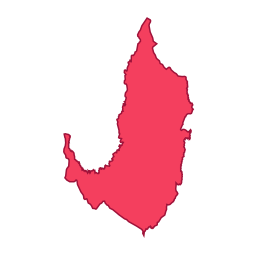 outline of Wang Sam Mo, Udon Thani, Thailand, rotated 176°
{"feature_id": "78962969B45411926077812", "entity_name": "Wang Sam Mo", "entity_type": "district", "adm_level": 2, "iso_a3": "THA", "parent_name": "Thailand", "parent_adm1": "Udon Thani", "projection": "equal_earth", "projection_center": [103.422, 17.016], "detail": "fine", "context": "isolated", "style": "filled", "palette": "rose", "viewbox_px": 256, "rotation_deg": 176, "n_neighbors": 0, "source": "geoboundaries", "source_scale": "gbopen_adm2", "svg_char_len": 5723}
<svg xmlns="http://www.w3.org/2000/svg" viewBox="0 0 256 256"><g transform="rotate(176 128 128)"><path d="M82.9,58.9L83.4,60.6L84.2,61.3L84.6,62.9L84.6,64.4L84.0,67.6L83.9,69.9L82.4,68.1L81.6,67.8L80.7,68.5L80.0,67.8L78.8,68.8L78.2,70.5L78.4,71.4L77.7,72.7L77.7,74.7L77.3,75.8L77.4,77.3L77.1,77.9L77.5,79.4L77.2,80.3L78.0,80.9L78.0,81.5L78.4,81.5L78.3,83.4L78.0,83.8L78.3,84.5L77.8,85.6L78.1,86.4L77.4,87.2L77.8,87.9L77.1,88.7L76.8,89.7L76.9,90.7L76.5,90.8L76.3,92.4L75.8,92.8L75.8,94.8L74.2,95.7L74.4,97.6L74.2,97.6L74.0,98.7L74.1,99.3L73.2,100.1L73.0,101.5L72.5,102.2L73.2,104.8L73.7,105.3L72.9,106.9L73.2,107.7L72.4,109.3L72.7,110.3L73.2,110.5L73.0,112.0L72.3,113.0L71.8,112.7L71.8,113.6L71.3,114.1L69.9,113.9L69.9,113.4L69.5,113.1L69.1,113.7L68.7,113.8L67.9,113.3L67.8,112.7L67.6,113.0L67.2,112.6L66.8,113.4L67.0,113.5L66.8,114.2L67.1,114.4L67.2,115.4L66.8,115.4L66.5,116.0L66.9,117.0L66.5,118.4L66.7,118.7L66.1,118.8L66.2,119.3L65.6,119.4L65.6,120.2L65.2,120.6L65.7,121.9L67.6,120.1L68.7,120.0L70.5,121.8L71.9,122.6L73.3,122.8L74.8,121.9L75.6,122.6L75.6,123.2L73.6,127.2L72.9,127.8L73.0,129.3L70.3,135.2L69.8,135.2L68.8,137.0L67.7,137.9L66.1,138.1L65.0,137.8L63.7,138.2L62.8,140.1L62.5,141.7L62.0,141.6L61.6,142.1L62.9,143.9L62.9,144.7L62.3,145.8L62.4,146.1L61.8,146.5L62.4,148.2L63.1,148.1L63.6,148.7L64.0,148.3L64.3,148.7L64.4,149.5L65.2,150.3L65.1,151.2L65.4,151.1L65.4,152.0L65.8,152.2L65.7,152.9L66.0,153.0L65.5,153.7L65.8,154.6L66.1,154.8L65.7,156.1L65.9,156.3L65.7,156.6L66.0,156.9L66.1,157.7L66.5,157.7L66.7,158.2L66.5,159.3L66.6,160.7L66.3,161.2L66.5,162.0L66.1,162.5L66.7,163.3L66.4,163.5L66.3,164.3L65.7,164.6L65.8,165.1L65.5,165.6L65.8,165.9L65.6,167.7L65.9,168.5L65.6,168.8L65.8,169.4L65.5,169.9L66.9,172.8L66.5,173.8L66.8,174.9L67.9,175.5L70.3,175.5L74.4,176.3L76.0,178.7L78.2,180.2L80.8,182.9L81.8,185.2L82.3,185.6L83.3,185.6L85.7,183.9L87.7,185.9L89.2,188.9L91.4,190.1L92.0,192.8L94.4,195.1L95.0,196.1L95.7,198.8L97.2,201.5L98.0,205.8L97.7,206.9L97.1,207.4L93.4,210.0L96.7,212.7L97.1,216.2L99.2,222.2L99.9,228.7L99.5,230.3L98.2,232.3L98.0,233.6L98.3,234.3L101.3,236.3L107.0,229.0L108.9,224.7L110.3,223.2L111.9,220.3L111.8,218.8L110.9,218.0L110.5,216.7L109.5,215.5L109.5,213.8L109.7,213.3L110.6,212.9L111.2,211.8L112.2,211.3L113.9,204.6L114.5,203.7L115.7,203.2L116.0,201.8L117.5,200.0L118.9,200.3L119.6,199.7L120.2,193.9L120.5,193.9L121.3,195.3L121.9,194.2L123.2,193.6L123.3,192.9L122.7,192.1L122.7,191.4L124.4,188.4L125.0,185.2L125.4,185.0L126.8,186.1L127.5,185.7L127.8,183.5L126.4,181.5L127.4,180.4L127.3,176.4L128.2,175.5L128.6,173.2L127.8,172.1L126.8,172.0L126.2,170.8L125.9,166.7L126.3,165.3L128.1,163.1L128.7,160.5L128.6,159.5L127.7,158.7L127.7,158.1L128.8,154.9L129.8,154.5L129.0,153.5L129.4,152.7L128.8,151.6L129.0,151.2L129.5,151.3L130.3,151.7L130.6,152.5L131.0,152.4L131.0,151.6L130.2,150.5L131.5,150.4L132.0,149.1L131.8,147.7L132.2,146.2L131.7,145.2L133.0,144.9L133.5,143.1L136.1,141.7L136.0,140.8L136.6,140.3L136.7,138.4L137.0,138.0L138.4,137.4L138.5,137.0L137.7,134.7L138.3,132.9L137.1,126.3L137.3,123.6L136.8,123.3L136.7,122.6L137.8,119.9L138.0,119.0L137.2,118.4L135.2,117.9L136.7,115.3L136.3,114.2L134.7,114.4L133.7,114.0L135.1,112.2L135.3,111.1L136.2,110.7L137.0,111.6L137.5,111.7L138.3,110.3L137.2,109.4L138.4,107.6L138.4,106.3L139.1,106.3L139.6,106.9L140.5,106.6L141.1,104.2L142.1,104.7L144.9,102.9L144.1,100.4L145.0,100.0L145.2,99.2L146.3,98.5L146.3,98.1L145.4,97.6L145.4,97.0L145.9,96.4L147.8,95.8L148.6,96.2L148.9,96.0L148.9,94.9L149.5,93.9L148.8,91.7L149.2,91.2L152.4,91.9L152.9,92.5L153.7,91.8L153.8,90.2L154.1,90.0L154.3,89.0L155.1,88.8L155.9,89.6L157.2,88.8L157.4,89.0L157.2,89.8L158.4,90.2L158.6,89.6L159.1,89.3L159.3,90.2L159.5,88.9L159.2,88.6L160.1,87.5L159.8,86.0L160.3,85.6L160.3,84.8L160.7,84.6L161.2,84.6L163.3,86.0L164.0,85.4L164.2,86.8L164.1,88.1L165.0,88.2L165.5,88.8L166.3,87.8L167.7,87.8L168.2,87.2L168.5,87.3L168.8,86.0L169.1,85.6L169.6,86.9L169.3,87.1L169.3,88.0L169.9,88.1L170.3,87.7L170.5,87.9L170.3,87.0L170.7,86.8L171.4,85.8L172.1,87.5L173.0,87.6L172.9,88.4L174.3,88.6L174.7,88.1L175.4,89.5L176.5,89.2L176.2,90.1L176.6,89.9L176.9,90.6L176.5,91.1L176.7,91.8L178.0,92.7L177.9,93.5L178.8,94.5L178.6,95.5L179.5,96.2L179.0,96.8L179.1,97.5L180.7,97.8L181.1,98.6L181.8,98.8L182.3,99.8L183.4,100.5L183.3,103.5L183.6,104.6L183.7,106.8L185.0,108.8L185.7,108.5L185.9,109.0L186.5,109.0L186.5,109.6L187.0,109.5L187.8,111.4L188.6,112.2L188.3,115.7L188.5,116.2L188.2,116.8L188.1,118.2L187.8,118.0L187.9,118.7L187.2,120.6L187.3,121.3L186.5,122.4L186.7,123.4L186.3,123.5L186.3,124.2L187.7,125.6L191.0,126.6L192.1,126.4L191.6,123.0L191.2,121.9L191.2,117.6L191.8,114.6L193.3,111.5L193.7,108.7L193.3,107.5L192.1,105.4L191.9,102.9L191.6,102.4L189.6,101.4L189.1,100.3L189.1,98.9L189.8,94.0L191.6,92.0L192.3,90.7L193.5,84.4L194.4,82.7L192.7,80.4L189.9,78.5L185.6,78.2L184.6,78.6L183.6,79.7L182.9,79.6L182.5,78.4L182.3,75.1L179.4,67.5L177.5,64.6L177.1,63.4L176.9,60.6L176.0,59.8L174.3,60.2L173.9,60.0L172.9,56.0L170.9,54.6L169.9,53.1L168.8,50.3L166.7,49.9L166.0,49.4L165.2,49.5L161.4,54.1L159.5,55.0L158.1,56.6L156.5,56.6L155.9,54.6L154.2,52.5L153.2,52.2L151.6,49.2L148.8,47.6L143.1,42.1L137.7,37.6L135.8,36.8L133.9,34.6L126.3,29.6L121.3,25.9L120.2,23.9L120.6,21.9L119.7,19.7L119.0,23.2L118.0,24.1L117.0,26.1L116.1,25.7L115.5,25.9L114.7,27.2L114.3,27.3L114.1,27.8L113.1,27.9L112.6,28.5L112.0,27.8L112.2,26.9L111.0,26.1L110.4,26.6L110.0,26.4L109.9,26.8L108.9,27.7L108.7,27.6L108.1,28.4L105.9,29.1L105.6,29.7L105.3,31.8L104.1,32.1L101.1,36.3L97.4,38.6L96.1,42.3L95.2,44.1L95.1,46.7L94.5,48.3L94.6,49.0L93.0,48.5L91.5,48.8L88.2,51.4L87.8,51.4L87.3,52.8L86.9,52.9L86.6,54.0L85.8,54.6L85.2,56.4L83.6,57.9L83.5,58.6L82.9,58.9Z" fill="#f43f5e" stroke="#9f1239" stroke-width="1.5"/></g></svg>